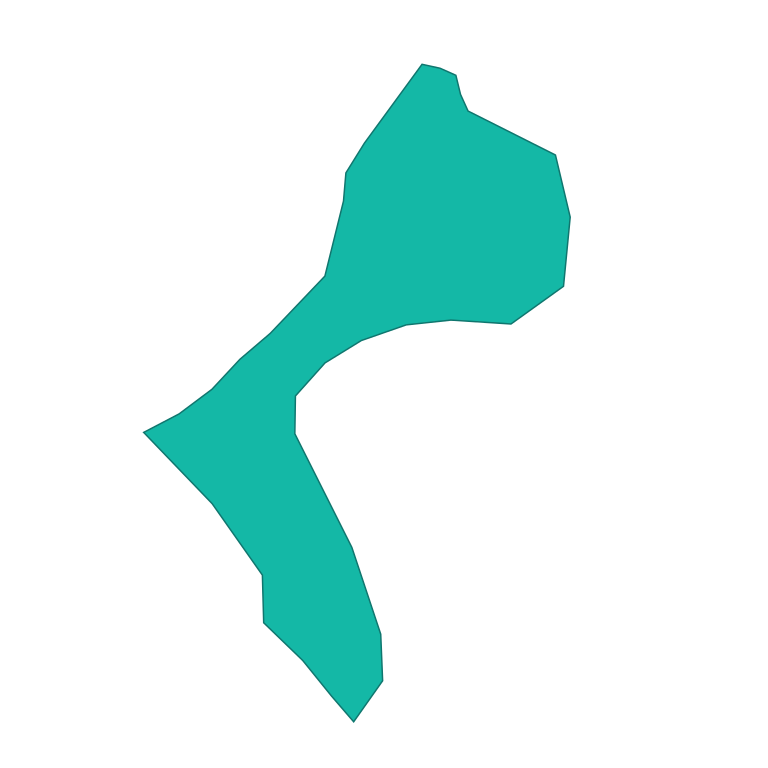 the border of Bulambuli, rotated 35°
{"feature_id": "UGA-5613", "entity_name": "Bulambuli", "entity_type": "County", "adm_level": 1, "iso_a3": "UGA", "parent_name": "Uganda", "parent_adm1": "", "projection": "equal_earth", "projection_center": [34.336, 1.363], "detail": "fine", "context": "isolated", "style": "filled", "palette": "teal", "viewbox_px": 768, "rotation_deg": 35, "n_neighbors": 0, "source": "natural_earth", "source_scale": "10m", "svg_char_len": 574}
<svg xmlns="http://www.w3.org/2000/svg" viewBox="0 0 768 768"><g transform="rotate(35 384 384)"><path d="M265.8,89.9L280.6,102.9L296.3,112.2L393.1,98.1L440.8,140.5L475.0,201.0L453.6,262.0L402.1,293.3L368.3,322.8L340.5,361.4L323.6,400.5L318.3,444.6L339.5,475.9L451.4,536.3L524.8,590.8L553.1,627.9L552.9,678.1L520.2,669.8L476.0,657.1L422.4,648.6L394.0,610.3L311.9,580.6L214.9,561.5L233.3,526.0L246.1,487.0L251.8,446.4L261.8,407.7L273.7,329.5L245.9,257.4L231.7,232.9L229.8,197.9L231.8,100.3L248.8,93.2L265.8,89.9Z" fill="#14b8a6" stroke="#0f766e" stroke-width="1.5"/></g></svg>